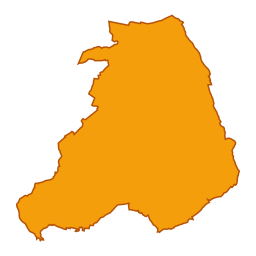 the district of Rosia De Amaradia, Gorj, Romania
{"feature_id": "2599482B83031616378159", "entity_name": "Rosia De Amaradia", "entity_type": "district", "adm_level": 2, "iso_a3": "ROU", "parent_name": "Romania", "parent_adm1": "Gorj", "projection": "equal_earth", "projection_center": [23.734, 45.043], "detail": "fine", "context": "isolated", "style": "filled", "palette": "amber", "viewbox_px": 256, "rotation_deg": 0, "n_neighbors": 0, "source": "geoboundaries", "source_scale": "gbopen_adm2", "svg_char_len": 5722}
<svg xmlns="http://www.w3.org/2000/svg" viewBox="0 0 256 256"><path d="M157.5,232.0L159.1,231.7L159.5,232.2L163.3,229.2L164.5,229.0L166.4,229.2L168.0,229.0L168.8,228.4L170.3,229.1L171.8,228.9L172.5,228.2L174.0,227.8L174.7,226.8L175.1,226.4L177.7,225.6L180.1,224.6L181.7,224.2L183.9,223.2L185.4,223.0L187.2,222.3L187.8,221.9L187.9,220.8L189.3,218.9L191.0,219.0L193.1,219.5L192.9,219.0L192.4,218.1L192.4,217.1L192.1,216.7L192.7,216.6L197.3,213.3L201.2,209.9L201.9,208.5L202.8,207.4L203.9,206.6L205.0,205.2L206.4,204.0L209.4,202.3L207.8,199.6L209.1,200.2L210.4,200.2L212.0,199.0L215.6,197.5L218.6,196.8L221.0,196.6L223.6,193.9L223.6,193.4L224.1,192.8L225.7,192.5L226.8,191.7L227.9,190.4L229.3,188.5L230.5,187.3L230.8,186.7L231.2,186.7L231.6,187.2L232.1,187.4L233.5,185.8L234.2,184.5L234.5,184.5L235.5,185.1L236.1,184.7L236.6,183.8L236.9,182.7L237.3,180.6L237.4,177.9L237.7,176.0L238.2,175.7L238.6,173.1L239.3,171.2L237.8,169.3L236.9,167.2L236.2,166.1L234.5,161.2L233.6,159.4L233.3,158.6L233.4,156.1L232.4,155.0L232.6,152.5L232.0,150.6L233.1,148.2L234.2,146.8L234.5,145.8L235.5,143.7L235.6,142.8L235.0,141.6L234.3,140.8L232.0,139.4L229.6,138.3L228.3,138.2L227.2,138.4L225.6,139.4L225.3,139.2L225.0,138.3L225.0,136.4L224.8,135.1L225.2,132.2L224.3,130.4L224.2,128.2L223.5,127.2L221.8,126.4L220.9,125.7L219.7,123.7L219.8,123.1L220.9,121.8L219.1,119.0L218.9,118.4L218.9,117.2L217.4,114.3L216.7,111.9L215.7,110.5L213.4,106.2L213.4,105.7L213.9,103.1L213.4,101.9L212.9,99.3L212.4,97.6L211.9,97.1L211.0,94.3L210.1,92.8L208.0,85.2L208.0,84.8L211.5,84.7L211.0,83.4L211.1,82.9L210.6,82.5L209.7,80.7L209.8,80.6L210.4,80.6L210.1,79.0L208.5,76.3L208.8,76.1L209.5,76.2L209.6,74.2L210.2,74.1L209.3,71.0L207.9,68.8L206.1,67.1L204.1,64.8L201.8,61.4L200.9,59.2L200.6,56.8L199.2,52.7L198.3,51.7L197.5,50.3L194.7,47.7L192.4,43.0L189.7,40.5L185.8,35.3L185.4,31.9L184.2,29.7L184.1,28.2L183.3,26.9L183.1,26.3L182.4,25.2L181.6,24.7L182.5,23.2L183.2,22.8L183.3,22.5L183.0,22.0L179.7,20.6L179.4,19.7L177.9,18.7L176.1,18.3L174.8,17.6L172.8,16.1L172.2,15.4L166.3,18.0L161.0,20.7L158.9,21.0L152.4,23.0L147.1,23.8L142.3,22.4L140.7,22.3L140.7,23.4L140.5,23.5L135.4,22.7L132.9,22.0L130.8,21.9L130.3,22.0L129.2,23.2L128.6,25.3L108.8,21.4L109.2,23.1L109.4,26.3L110.0,28.5L109.7,31.7L111.3,33.7L112.3,34.3L112.7,35.4L112.2,40.5L114.7,41.8L116.0,41.0L117.1,41.0L118.0,42.1L117.6,43.2L117.0,44.1L116.5,44.4L115.2,44.4L114.0,44.8L113.4,45.3L113.2,45.9L112.4,46.0L111.2,46.7L110.5,47.4L109.5,47.7L108.0,47.6L107.2,47.2L104.1,47.1L103.4,47.3L101.6,48.3L101.0,47.5L100.4,47.1L98.6,46.6L97.7,46.7L96.0,47.4L93.4,48.0L92.9,48.6L92.1,48.9L90.0,49.6L89.5,49.4L88.2,49.8L85.1,51.5L83.6,51.8L83.3,52.0L78.3,63.7L79.6,63.1L82.2,63.0L85.1,62.0L85.8,61.3L86.5,61.1L88.0,59.3L88.5,59.1L91.0,59.0L92.1,59.4L93.2,59.5L93.8,59.7L94.3,60.3L94.9,60.7L102.5,60.6L105.1,59.7L105.3,60.6L107.8,60.3L108.7,65.4L104.5,69.3L103.4,70.9L102.6,71.7L101.0,72.2L100.1,72.8L100.3,75.2L98.2,75.4L98.7,78.1L98.5,78.8L96.9,78.9L94.2,78.5L93.4,82.2L93.4,83.9L92.1,86.5L91.0,90.2L89.5,91.9L88.8,93.9L94.7,98.0L91.8,105.2L92.6,105.5L93.2,106.1L93.9,106.0L96.4,106.0L98.1,106.7L97.0,108.9L97.1,109.2L97.6,109.7L97.3,110.2L85.4,119.7L84.1,119.4L83.0,118.7L82.4,119.2L81.4,120.8L81.8,121.8L82.7,122.8L82.8,123.3L82.6,125.4L82.4,126.2L82.1,126.7L80.2,128.2L79.0,129.6L77.6,130.9L76.7,132.0L75.0,133.5L74.1,134.5L73.6,133.3L73.6,132.6L73.0,132.3L72.9,131.9L71.8,131.5L70.0,133.1L65.1,135.9L64.9,136.1L65.4,136.9L64.6,137.2L63.8,138.5L62.1,139.7L58.3,143.2L58.4,144.9L58.6,146.3L58.5,147.7L58.8,149.1L59.2,150.0L60.1,151.1L60.2,152.5L61.3,154.7L61.6,156.5L58.8,160.2L58.5,161.9L58.9,163.4L58.9,164.7L59.7,166.1L58.6,166.6L58.1,167.2L57.9,168.4L58.1,170.0L57.7,171.2L56.4,173.0L55.3,172.2L55.0,173.5L55.1,174.4L54.4,175.9L53.4,177.0L53.2,178.0L51.3,179.4L49.6,179.9L45.6,180.6L42.6,182.1L39.1,182.8L38.1,183.6L37.7,183.2L37.0,183.4L35.5,183.3L34.9,184.1L35.0,184.4L34.4,186.8L34.4,187.5L34.8,187.8L33.9,188.4L33.3,189.2L33.2,190.0L32.5,191.5L31.5,193.5L29.0,194.5L27.5,195.6L27.3,196.0L25.8,195.5L24.8,195.7L19.8,198.9L18.7,201.7L17.9,202.8L17.1,203.6L16.7,204.7L17.0,206.8L18.5,210.1L18.8,210.9L19.2,213.3L19.4,217.2L20.0,218.7L21.3,220.5L22.8,222.0L25.0,223.5L25.6,224.1L27.2,227.3L29.0,230.3L29.9,231.5L32.9,232.8L34.6,233.9L35.1,234.8L35.5,235.9L36.7,237.3L36.6,238.7L36.7,239.1L37.7,237.8L38.1,237.8L39.6,238.6L39.9,239.0L40.2,239.1L40.0,239.4L40.3,239.9L40.2,240.5L40.5,240.6L40.6,240.1L41.4,239.6L43.5,240.0L43.5,239.8L43.4,239.1L40.9,236.7L40.6,236.2L40.9,234.4L40.5,233.8L40.4,232.1L41.1,230.7L43.7,228.5L45.9,227.9L47.4,226.9L47.7,226.3L49.2,225.1L49.3,224.6L51.4,225.3L51.9,224.8L52.8,225.3L53.1,225.0L53.1,224.6L54.5,225.0L57.8,226.7L61.7,228.0L64.2,229.1L66.1,229.5L66.3,229.0L66.1,228.4L66.4,227.7L70.0,228.6L70.2,227.4L75.4,228.5L77.1,229.1L75.4,231.2L76.6,231.5L77.7,230.9L78.5,231.0L78.9,230.6L78.4,230.1L78.6,229.6L79.1,229.6L79.0,228.6L79.5,227.9L79.5,227.5L80.9,227.8L81.2,227.2L82.2,227.4L82.7,227.8L82.4,230.4L83.5,230.6L84.0,230.9L84.1,229.8L84.6,229.5L84.6,228.9L84.8,228.3L86.6,228.3L89.0,228.6L89.6,226.3L90.1,225.3L93.3,225.5L94.0,223.6L95.2,222.9L96.5,222.7L99.4,219.4L100.4,217.8L102.5,217.2L103.6,216.7L105.8,214.8L110.2,212.7L112.2,210.7L116.2,206.2L117.7,204.9L119.0,204.7L123.2,204.4L128.9,203.2L129.0,203.3L128.7,203.4L128.6,203.9L128.5,205.3L128.9,207.4L129.1,209.7L130.5,209.7L134.1,210.4L135.7,210.9L137.3,211.1L137.7,210.6L138.3,210.5L138.5,211.1L138.8,211.3L138.5,211.9L138.6,212.3L140.5,213.3L141.7,212.8L142.6,214.5L145.1,216.2L146.4,216.5L146.8,216.0L148.1,215.1L148.6,216.2L149.7,219.6L151.5,221.7L152.0,222.7L152.7,223.5L153.3,224.9L154.8,225.5L156.3,226.9L156.7,227.7L157.8,228.6L157.7,231.0L157.5,232.0Z" fill="#f59e0b" stroke="#b45309" stroke-width="1.5"/></svg>